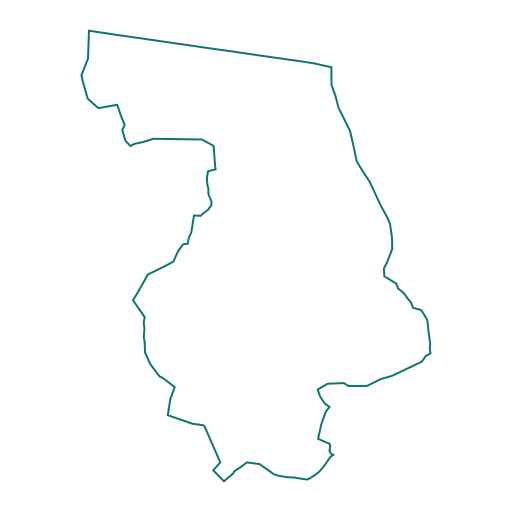 outline of Mashi, Katsina, Nigeria
{"feature_id": "59680162B19433829654146", "entity_name": "Mashi", "entity_type": "district", "adm_level": 2, "iso_a3": "NGA", "parent_name": "Nigeria", "parent_adm1": "Katsina", "projection": "albers", "projection_center": [7.993, 13.133], "detail": "fine", "context": "isolated", "style": "outline", "palette": "teal", "viewbox_px": 512, "rotation_deg": 0, "n_neighbors": 0, "source": "geoboundaries", "source_scale": "gbopen_adm2", "svg_char_len": 1919}
<svg xmlns="http://www.w3.org/2000/svg" viewBox="0 0 512 512"><path d="M133.0,300.2L137.1,306.2L144.7,317.1L143.7,322.7L144.4,328.5L143.8,337.3L144.7,342.1L145.0,352.4L150.4,364.3L159.5,376.4L162.3,377.6L174.7,387.1L170.3,399.2L167.8,415.2L192.6,423.8L202.8,425.2L204.5,426.2L220.3,462.4L213.2,470.3L224.0,481.3L233.5,473.2L234.0,471.5L240.9,466.9L246.9,462.4L259.6,464.1L273.8,474.2L278.4,475.7L286.2,477.1L294.8,477.6L302.3,478.9L307.7,479.5L314.2,475.6L319.6,471.4L324.6,465.3L330.3,457.0L333.3,454.9L331.1,453.8L329.5,450.9L330.2,446.4L329.4,443.7L323.1,441.0L318.1,438.8L321.3,424.4L325.4,412.8L326.5,410.6L329.5,407.0L324.7,403.4L320.0,396.3L317.7,389.5L327.7,383.7L336.0,383.4L343.9,383.1L348.5,386.0L367.0,385.9L380.7,379.1L391.9,375.9L421.7,361.7L425.7,356.1L430.5,353.3L429.8,349.0L430.2,343.5L429.1,335.5L428.2,329.1L427.9,324.7L427.2,320.0L424.2,314.7L421.0,309.9L413.1,307.9L410.9,302.3L407.4,298.2L403.8,293.1L398.0,288.4L396.1,283.4L392.1,281.1L384.4,276.4L383.9,268.5L387.2,261.9L392.2,249.0L392.0,237.7L390.1,224.3L387.5,217.9L380.2,204.4L369.6,181.6L362.1,170.3L356.7,161.3L356.0,158.0L353.5,146.0L350.0,130.8L346.2,123.2L338.5,107.6L335.3,95.5L331.5,84.9L331.4,74.0L331.4,67.2L322.5,65.3L314.8,63.5L309.9,62.7L304.0,61.8L277.2,58.0L261.1,55.7L248.2,53.8L229.0,51.0L215.9,49.2L198.5,46.7L194.9,46.1L192.6,45.8L160.5,41.2L135.8,37.6L116.7,34.9L89.0,30.7L88.6,41.5L88.0,58.6L81.5,75.3L82.8,81.5L87.7,98.6L98.2,108.1L117.2,104.8L121.0,116.0L124.7,124.8L122.3,129.9L125.3,140.6L130.4,146.0L134.0,144.0L143.0,142.0L153.6,138.8L202.0,139.5L213.6,145.9L215.1,165.7L215.6,169.3L207.9,171.3L207.6,174.1L206.9,177.9L207.3,184.8L208.3,188.1L208.5,194.4L211.3,201.1L211.4,205.3L208.0,209.8L202.5,213.9L200.6,215.8L194.0,215.5L191.3,232.4L188.7,238.1L187.9,243.6L183.1,244.3L178.7,250.4L177.2,253.0L173.4,261.6L167.9,264.6L147.9,274.5L137.7,292.6L133.0,300.2Z" fill="none" stroke="#0f766e" stroke-width="2"/></svg>